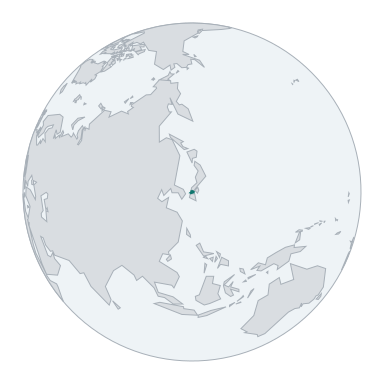 Yamaguchi on an orthographic globe, rotated 321°
{"feature_id": "JPN-1826", "entity_name": "Yamaguchi", "entity_type": "Prefecture", "adm_level": 1, "iso_a3": "JPN", "parent_name": "Japan", "parent_adm1": "", "projection": "orthographic", "projection_center": [131.623, 34.219], "detail": "fine", "context": "on_globe", "style": "filled", "palette": "teal", "viewbox_px": 384, "rotation_deg": 321, "n_neighbors": 0, "source": "natural_earth", "source_scale": "10m", "svg_char_len": 12216}
<svg xmlns="http://www.w3.org/2000/svg" viewBox="0 0 384 384"><g transform="rotate(321 192 192)"><circle cx="192" cy="192" r="169" fill="#eef3f6" stroke="#a8b0b8"/><path d="M313.4,291.3L313.3,292.1L313.1,292.3L313.4,291.3ZM323.8,86.3L323.6,86.0L324.2,86.7L326.4,89.6L324.1,87.2L324.4,88.8L317.0,84.1L301.5,72.9L302.7,72.1L298.8,69.9L297.0,71.0L296.8,72.3L281.0,69.6L273.3,77.0L276.3,83.3L271.3,79.2L280.8,94.4L280.1,103.0L277.5,91.0L274.6,88.0L272.5,92.4L269.1,90.5L266.1,91.6L262.3,89.0L261.1,82.7L258.5,81.0L257.2,84.3L252.4,84.1L254.8,79.5L246.8,78.8L243.3,69.1L252.8,60.5L247.5,54.7L248.6,45.0L245.1,44.5L243.4,41.1L238.8,39.3L240.3,38.5L235.3,37.9L234.8,39.0L232.5,39.3L229.7,38.5L231.2,37.1L232.7,37.3L231.7,36.5L233.6,36.2L231.1,35.9L233.2,34.6L227.1,34.8L225.3,32.8L227.8,32.3L232.8,33.8L251.0,37.7L255.0,38.5L255.7,37.5L245.8,32.3L248.1,32.8L247.4,32.4L258.5,36.7L269.2,41.7L279.5,47.5L289.4,53.9L298.8,61.1L307.7,68.9L316.1,77.3L323.8,86.3ZM246.6,32.1L243.7,31.2L243.0,31.1L236.0,29.3L235.9,29.9L233.1,29.4L230.9,29.9L225.6,28.5L221.6,26.9L223.1,26.5L221.4,26.0L215.3,25.4L213.7,24.5L210.6,24.1L222.8,25.9L234.8,28.6L246.6,32.1ZM344.6,173.5L343.2,170.4L344.8,170.7L344.6,173.5ZM341.8,169.7L342.4,170.5L341.8,170.0L341.8,169.7ZM341.0,170.1L341.6,169.8L341.1,170.5L341.0,170.1ZM340.1,171.1L340.6,170.4L340.6,170.6L340.1,171.1ZM338.3,171.6L337.8,171.7L338.0,170.7L338.3,171.6ZM297.2,73.3L297.3,71.2L300.2,71.2L300.5,73.1L297.2,73.3ZM291.3,74.2L290.4,72.4L294.8,74.3L293.9,74.7L291.3,74.2ZM279.2,88.6L280.0,86.2L280.4,89.2L279.2,88.6ZM266.4,92.2L267.3,93.6L265.4,93.7L266.4,92.2ZM234.0,30.8L232.5,30.4L233.7,30.5L234.0,30.8ZM234.5,31.5L236.9,32.0L237.5,32.4L236.0,32.1L234.5,31.5ZM257.7,89.9L254.3,89.7L257.5,88.7L257.7,89.9ZM231.3,30.9L238.2,33.1L239.2,33.9L234.3,33.7L231.3,30.9ZM252.3,89.0L244.2,89.1L245.4,92.1L237.3,84.3L246.9,86.4L250.6,84.6L250.1,87.1L252.3,89.0ZM235.9,39.8L236.3,38.5L238.5,40.4L235.9,39.8ZM237.9,41.0L248.0,47.2L246.0,49.1L243.0,46.4L242.5,49.7L236.6,47.4L235.5,45.2L238.0,44.4L233.8,44.2L237.9,41.0ZM234.2,80.1L232.0,79.4L234.0,79.0L234.2,80.1ZM231.7,39.5L233.9,40.5L232.4,42.1L227.7,40.4L229.7,40.4L231.7,39.5ZM245.3,51.8L243.3,52.9L238.0,51.3L236.5,51.5L236.3,47.6L245.3,51.8ZM228.6,39.7L225.3,39.6L223.5,38.2L229.4,38.7L228.6,39.7ZM234.0,43.2L233.0,44.0L232.0,43.0L234.0,43.2ZM215.3,33.7L218.0,34.6L217.5,35.4L215.3,33.7ZM224.2,39.7L224.8,40.2L224.9,40.7L222.4,40.4L224.2,39.7ZM232.5,46.8L230.7,46.1L232.3,48.4L228.4,47.5L229.0,45.1L227.0,45.8L225.8,45.5L227.7,43.9L232.5,46.8ZM220.1,41.8L219.4,38.8L214.6,36.9L214.9,36.0L222.7,39.3L220.1,41.8ZM224.4,43.1L221.8,42.0L223.6,41.3L226.4,41.7L224.4,43.1ZM225.5,47.8L231.4,49.8L231.1,50.3L225.5,47.8ZM218.3,41.3L218.5,42.0L217.7,41.2L218.3,41.3ZM222.9,45.9L225.0,46.5L224.6,47.0L222.9,45.9ZM217.1,43.2L216.9,42.2L218.8,42.3L217.1,43.2ZM219.4,44.5L218.3,45.1L219.6,42.9L220.5,44.7L219.4,44.5ZM222.1,46.3L222.6,46.8L221.3,46.0L222.1,46.3ZM209.9,43.5L211.0,40.7L215.3,40.9L213.6,43.5L209.9,43.5ZM76.1,69.1L75.6,69.5L76.1,69.1ZM59.7,86.9L57.2,90.1L58.7,88.8L50.5,102.4L48.5,109.0L57.1,101.3L60.5,90.2L66.3,83.7L67.7,88.5L65.5,99.3L67.7,97.1L73.5,87.0L77.4,86.6L76.0,83.4L73.3,86.8L72.3,85.2L74.7,82.0L76.0,81.8L78.0,78.2L71.3,80.6L67.8,84.3L70.1,78.1L64.5,83.9L63.5,84.0L72.6,74.3L75.1,72.4L88.3,60.3L85.9,61.7L73.3,73.3L75.2,71.1L71.8,73.7L76.0,70.0L90.4,57.6L95.4,53.4L104.5,47.4L105.9,46.6L114.8,41.8L110.7,44.1L112.9,43.0L109.4,45.4L110.9,46.0L108.2,48.5L115.1,46.5L114.7,47.7L110.8,48.4L106.6,50.5L100.8,57.7L101.6,58.4L106.5,56.7L104.3,59.2L109.8,56.7L109.6,60.7L114.5,54.0L120.4,52.6L123.7,54.1L126.6,52.6L121.2,50.3L118.3,50.5L114.3,52.5L107.1,53.0L107.7,51.1L118.6,46.6L120.7,43.7L128.3,42.0L138.1,48.4L139.0,52.6L127.2,62.6L123.4,62.2L125.7,58.2L117.8,63.2L121.2,62.1L119.4,64.4L124.6,64.2L123.5,65.9L130.3,63.1L129.6,65.1L125.3,66.8L132.4,68.9L132.6,73.3L134.8,73.0L136.9,71.5L135.8,78.4L137.4,77.9L138.4,75.4L142.2,73.0L148.6,71.5L147.9,74.0L145.5,74.8L139.3,80.6L133.0,82.9L133.4,83.9L138.6,82.5L146.2,75.3L150.2,73.8L147.1,77.3L148.6,75.9L150.3,75.9L151.4,78.4L155.0,74.7L175.5,73.5L179.6,78.7L174.6,81.6L188.1,84.8L191.7,91.3L192.6,88.9L199.7,89.4L198.7,87.3L199.7,86.2L217.5,87.7L221.1,90.3L229.8,89.1L230.2,87.9L228.1,85.8L237.3,84.3L245.4,92.1L243.9,94.2L250.0,98.1L245.7,102.5L245.0,108.4L236.8,111.7L237.0,116.3L239.4,117.4L241.4,124.9L237.2,137.5L230.1,122.6L234.2,104.8L231.6,111.4L229.1,108.7L226.3,110.4L224.7,115.5L226.4,116.8L208.0,120.2L198.0,132.7L206.2,133.7L209.5,138.9L205.4,156.2L182.7,175.5L186.9,184.4L185.9,189.4L179.5,191.2L180.8,183.9L176.0,180.0L177.7,175.9L167.9,177.0L169.9,171.1L161.3,175.3L162.5,180.6L170.4,181.5L162.1,188.1L167.7,198.3L166.3,208.4L149.8,222.2L136.0,223.7L134.8,226.5L130.4,221.5L122.9,225.3L129.7,245.1L128.9,249.8L117.6,255.2L117.6,251.7L106.1,238.4L102.6,248.8L111.3,261.5L114.3,273.2L107.0,267.3L104.2,256.7L100.1,251.7L102.2,242.5L100.5,226.3L93.3,225.9L94.7,220.1L91.4,204.9L81.5,203.7L65.2,210.9L61.4,224.7L56.5,227.8L54.1,201.8L57.1,186.7L53.7,185.0L53.4,167.9L45.5,154.6L46.7,150.0L44.7,149.0L44.9,141.1L47.5,134.0L46.5,131.3L40.1,150.5L41.4,153.5L45.6,151.5L43.3,157.4L43.5,166.4L35.2,172.0L27.2,164.4L30.3,153.3L44.0,116.1L45.7,113.9L46.0,113.6L46.4,112.9L43.7,115.9L47.3,109.3L35.9,132.4L32.3,140.9L27.0,164.8L26.6,165.4L26.1,171.6L29.0,178.2L28.2,181.5L24.5,191.8L23.1,196.5L23.3,183.4L24.4,170.4L26.6,157.5L29.8,144.7L33.9,132.3L39.0,120.3L45.0,108.6L51.9,97.5L59.7,86.9ZM59.3,116.7L60.5,123.7L66.7,114.6L67.7,116.7L69.5,113.1L67.2,114.0L72.4,104.8L75.4,106.0L78.7,102.9L78.5,100.5L72.2,99.9L64.6,112.8L61.4,113.7L59.3,116.7ZM128.9,36.3L125.5,37.7L123.8,38.1L127.1,36.1L129.7,35.4L128.9,36.3ZM121.2,39.8L131.1,36.5L129.4,38.0L128.7,37.6L126.6,38.9L124.8,38.8L113.6,43.9L111.3,44.6L118.7,39.9L117.6,40.9L120.9,39.2L121.2,39.8ZM159.3,29.3L163.6,28.9L154.4,32.4L151.5,32.4L154.6,30.1L159.9,28.9L159.3,29.3ZM221.3,30.5L223.5,30.8L223.1,31.1L220.9,31.0L221.3,30.5ZM216.6,34.0L211.1,29.4L213.4,29.5L207.5,27.2L211.1,26.7L214.9,28.1L213.2,26.2L218.1,27.3L216.3,26.1L224.2,29.3L228.5,30.6L222.3,29.3L218.8,29.7L218.6,30.2L221.2,32.8L228.6,36.1L226.4,37.3L222.8,37.4L220.7,36.8L222.8,36.1L218.4,35.8L219.9,34.4L216.6,34.0ZM182.1,42.7L185.5,41.2L176.9,42.3L178.3,40.1L177.2,40.3L176.2,38.7L173.0,37.3L174.4,36.4L172.6,36.3L171.9,35.4L169.8,35.0L171.6,33.4L169.3,32.9L171.5,32.4L166.9,32.0L171.1,31.7L170.6,30.7L166.8,31.6L181.5,25.9L184.5,24.5L184.7,23.7L191.8,23.7L196.3,24.7L198.4,26.6L194.5,28.2L198.5,28.1L197.8,29.0L195.0,28.7L198.9,29.7L197.6,30.4L199.5,33.3L206.0,34.9L206.9,36.2L203.6,36.0L206.7,37.5L201.3,38.0L201.7,39.0L196.8,40.8L190.4,40.0L191.4,41.3L187.7,42.9L182.1,42.7ZM208.3,43.9L200.2,43.1L197.1,41.6L207.0,39.2L207.3,38.2L213.5,37.1L218.0,39.4L215.8,39.5L214.7,40.1L213.7,39.1L213.7,40.4L210.7,40.6L209.8,41.7L207.4,41.1L208.3,43.9ZM75.8,69.4L74.4,70.9L72.8,72.7L70.7,74.6L75.8,69.4ZM85.5,60.9L84.7,61.6L80.9,64.8L82.4,63.4L85.5,60.9ZM87.5,59.6L84.9,61.4L87.2,59.7L87.5,59.6ZM110.3,49.2L109.8,50.1L108.5,50.7L107.3,50.8L110.3,49.2ZM156.9,47.0L159.4,46.0L160.0,46.3L166.0,45.7L165.5,47.5L161.6,48.6L156.9,47.0ZM55.8,101.1L54.5,101.0L55.6,99.0L55.8,99.4L55.8,101.1ZM61.5,86.7L58.6,91.1L60.9,87.2L61.5,86.7ZM157.3,48.9L159.8,48.3L158.0,49.6L157.3,48.9ZM165.4,48.9L163.7,50.4L166.1,47.7L165.4,48.9ZM155.5,306.6L160.7,308.1L160.5,308.6L155.5,306.6ZM150.0,303.5L155.9,304.8L149.1,304.6L150.0,303.5ZM158.1,305.3L164.1,305.2L166.6,304.7L166.3,305.8L158.1,305.3ZM146.2,302.7L125.7,297.3L117.8,293.3L119.5,291.6L132.2,296.0L146.2,302.7ZM118.8,291.3L107.1,280.8L92.4,254.9L97.6,257.5L113.2,275.8L112.2,277.5L119.3,285.1L118.8,291.3ZM148.1,287.3L147.0,293.1L135.6,289.8L130.4,287.5L126.9,278.7L128.9,275.2L133.0,276.5L150.0,266.5L155.8,271.2L150.3,276.0L155.1,282.5L148.1,287.3ZM61.8,226.5L63.4,236.9L60.9,236.6L61.8,226.5ZM157.7,257.8L150.3,262.7L157.2,255.5L157.7,257.8ZM162.2,250.4L162.3,253.8L159.8,250.1L162.2,250.4ZM133.9,231.1L129.5,230.6L129.7,228.2L135.6,227.4L133.9,231.1ZM165.1,216.9L163.8,224.0L162.4,226.3L161.1,221.5L165.1,216.9ZM156.0,66.4L148.3,64.9L142.3,65.7L138.4,68.7L140.6,64.1L149.8,62.9L156.0,66.4ZM173.2,72.2L176.6,70.0L177.4,71.7L176.7,72.4L173.2,72.2ZM173.6,70.4L173.6,66.4L177.0,65.7L176.4,68.9L173.6,70.4ZM165.1,56.8L162.8,56.1L164.4,55.0L165.1,56.8ZM274.8,338.2L277.3,337.2L272.7,340.1L266.0,343.7L259.1,346.7L274.8,338.2ZM222.5,355.0L221.1,353.3L228.6,352.3L226.5,354.1L222.5,355.0ZM279.6,335.2L283.7,332.0L284.1,329.8L285.0,331.2L289.6,328.8L279.0,336.3L279.6,335.2ZM191.3,346.0L159.5,347.9L152.1,345.8L153.0,343.8L144.4,334.5L146.7,335.2L144.0,329.0L162.3,326.9L175.1,318.0L186.3,319.8L194.1,312.2L206.0,313.4L203.0,319.7L216.0,324.0L223.4,309.6L232.7,324.3L243.1,328.3L247.7,335.6L234.3,348.5L225.3,351.4L222.9,350.8L219.3,352.0L212.9,352.0L208.0,348.8L204.5,349.9L207.3,347.2L202.6,349.6L198.6,347.3L191.3,346.0ZM277.0,315.4L279.1,315.2L282.9,316.3L279.5,316.9L277.0,315.4ZM308.1,296.7L309.3,297.2L307.0,298.5L308.1,296.7ZM313.1,292.3L310.3,294.1L313.4,291.3L313.1,292.3ZM286.6,304.6L287.7,305.1L286.9,305.7L286.6,304.6ZM285.7,304.5L286.8,302.8L286.8,304.2L285.7,304.5ZM275.2,299.0L276.3,297.9L276.9,298.4L275.2,299.0ZM168.4,309.4L175.5,306.0L179.5,306.1L168.4,309.4ZM273.3,297.6L270.2,298.1L270.5,297.2L273.3,297.6ZM273.3,295.6L272.9,294.5L275.0,296.9L273.3,295.6ZM267.4,294.0L271.2,295.5L267.0,294.3L267.4,294.0ZM265.2,294.6L262.6,294.1L262.7,293.7L265.2,294.6ZM236.4,299.4L246.3,305.9L238.7,306.4L230.0,302.3L223.8,306.7L209.4,305.9L212.6,303.3L210.5,299.2L196.0,296.8L193.1,293.8L198.1,292.3L188.7,289.3L199.0,288.8L203.3,294.8L209.1,290.6L219.5,292.0L229.8,293.8L238.4,297.6L236.4,299.4ZM199.3,301.3L201.1,301.4L199.6,303.0L199.3,301.3ZM257.5,291.7L261.3,293.9L260.9,294.6L259.1,294.4L257.5,291.7ZM240.3,296.5L249.4,291.3L251.6,291.1L245.6,296.9L240.3,296.5ZM247.1,288.4L251.4,288.7L253.8,291.1L252.9,291.9L247.1,288.4ZM178.4,294.2L178.0,295.7L175.4,294.2L178.4,294.2ZM181.7,293.7L189.7,296.2L181.0,294.9L181.7,293.7ZM158.5,284.5L160.7,288.8L167.7,287.5L162.3,290.1L167.2,297.1L165.7,299.1L160.8,291.7L159.4,298.2L156.3,297.5L154.5,291.4L157.5,284.6L160.5,282.1L173.2,282.9L158.5,284.5ZM181.6,289.0L179.6,284.3L181.1,281.4L183.4,284.1L181.6,289.0ZM173.8,272.4L168.7,266.2L163.7,267.4L174.0,261.4L177.1,268.4L173.8,272.4ZM169.9,259.7L165.3,260.9L170.2,257.2L169.9,259.7ZM164.2,258.8L164.0,254.8L167.5,256.0L164.2,258.8ZM172.2,260.3L173.6,253.8L175.1,258.0L172.2,260.3ZM163.3,245.8L170.3,253.6L160.7,249.1L161.7,236.1L165.9,236.6L163.3,245.8ZM195.5,196.4L195.2,192.4L199.4,192.1L198.4,194.9L195.5,196.4ZM212.7,188.4L200.4,190.7L190.4,193.0L192.9,195.2L189.6,201.4L186.5,194.7L194.4,188.4L201.7,187.9L203.9,182.6L210.0,179.5L210.4,172.6L213.5,169.9L215.3,176.2L212.7,188.4ZM210.3,169.6L213.2,157.7L220.6,160.2L221.6,163.4L217.2,167.7L213.5,166.1L210.3,169.6ZM216.1,155.7L212.6,154.1L209.6,135.9L210.8,132.8L217.0,147.4L214.1,146.8L213.5,151.0L216.1,155.7ZM232.1,80.8L232.0,79.5L233.5,80.8L232.1,80.8ZM198.9,85.0L200.5,83.8L202.1,85.1L198.9,85.0ZM205.8,81.1L202.8,80.5L206.2,80.1L205.8,81.1ZM196.2,79.4L201.8,79.7L196.0,81.0L196.2,79.4Z" fill="#d9dde1" stroke="#a8b0b8" stroke-width="1"/><path d="M193.5,192.1L193.5,192.3L193.4,192.3L193.4,192.5L193.4,192.8L193.3,193.0L193.2,193.2L193.1,193.3L193.1,193.2L192.9,192.9L192.7,192.7L192.4,192.8L192.4,192.7L192.5,192.6L192.4,192.5L192.2,192.5L191.9,192.6L191.7,192.6L191.4,192.7L191.5,192.6L191.4,192.5L191.3,192.8L191.1,192.9L190.9,192.8L190.9,192.7L190.7,192.6L190.4,192.7L190.3,192.8L190.2,192.9L190.3,192.7L190.2,192.6L190.3,192.5L190.2,192.4L190.2,192.2L190.3,192.2L190.2,191.9L190.2,191.7L190.3,191.6L190.5,191.6L190.4,191.5L190.3,191.4L190.5,191.4L190.8,191.4L190.8,191.5L191.0,191.5L190.9,191.4L191.0,191.4L191.0,191.5L191.3,191.5L191.3,191.4L191.5,191.4L191.6,191.2L191.8,191.0L191.8,190.9L191.9,190.7L192.0,190.7L192.1,190.8L192.2,191.0L192.1,191.3L192.4,191.4L192.4,191.5L192.4,191.8L192.5,191.8L192.7,191.7L192.8,191.7L192.8,191.8L192.8,191.7L192.9,191.4L193.0,191.3L193.1,191.6L193.2,191.9L193.3,192.0L193.5,192.1L193.5,192.1ZM193.5,193.0L193.4,193.0L193.4,192.9L193.5,192.8L193.8,192.9L194.0,192.8L193.9,192.9L193.9,193.0L193.7,193.1L193.5,193.0ZM193.5,193.3L193.4,193.3L193.4,193.2L193.5,193.2L193.5,193.3Z" fill="#14b8a6" stroke="#0f766e" stroke-width="1.5"/></g></svg>